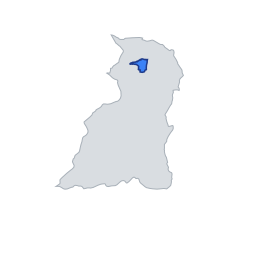 Gadzi, Mambéré-Kadéï, Central African Republic (highlighted), rotated 126°
{"feature_id": "33826404B47432472160828", "entity_name": "Gadzi", "entity_type": "district", "adm_level": 2, "iso_a3": "CAF", "parent_name": "Central African Republic", "parent_adm1": "Mambéré-Kadéï", "projection": "robinson", "projection_center": [16.692, 4.858], "detail": "fine", "context": "in_parent", "style": "filled", "palette": "blue", "viewbox_px": 256, "rotation_deg": 126, "n_neighbors": 0, "source": "geoboundaries", "source_scale": "gbopen_adm2", "svg_char_len": 5122}
<svg xmlns="http://www.w3.org/2000/svg" viewBox="0 0 256 256"><g transform="rotate(126 128 128)"><path d="M171.0,95.8L173.0,96.4L173.4,97.1L172.8,99.4L173.2,100.8L174.4,102.0L175.5,102.5L176.7,102.8L180.5,103.6L182.1,104.4L184.3,107.1L187.0,109.6L187.6,110.9L187.5,112.1L186.7,113.5L186.8,114.1L188.1,115.6L189.5,117.0L192.0,118.7L196.5,121.2L198.6,123.0L199.3,124.3L200.4,125.7L202.0,127.0L203.1,128.0L202.4,130.8L202.6,131.7L203.0,132.5L203.9,133.6L204.3,135.0L205.2,136.8L206.3,137.6L208.2,137.9L209.1,138.8L211.2,140.2L213.1,141.4L213.9,142.3L214.5,143.0L214.9,143.9L215.1,144.8L215.2,146.7L215.5,149.0L216.6,150.7L217.6,151.9L213.6,150.5L213.0,150.4L212.3,150.7L210.2,152.4L209.6,152.6L206.9,152.2L200.6,150.9L195.7,149.6L194.2,149.1L191.6,148.7L189.9,149.6L188.3,152.6L187.8,153.2L185.3,154.1L184.1,153.8L181.2,154.7L176.6,153.4L175.0,153.7L173.7,154.3L170.5,155.7L168.5,156.5L166.2,157.2L164.0,158.3L162.5,158.9L161.1,158.8L159.8,158.2L158.4,157.7L156.7,157.6L154.9,157.9L153.4,159.1L152.8,160.0L151.5,162.3L150.0,166.0L149.4,166.7L148.8,167.1L141.7,165.3L138.6,164.8L136.6,165.4L134.0,164.4L132.9,164.2L132.3,164.5L130.9,164.0L128.5,162.8L126.3,162.2L124.3,162.4L123.0,162.0L122.1,160.8L120.8,158.5L118.5,156.2L115.4,154.4L113.4,153.1L112.6,152.2L111.0,151.7L108.4,151.6L106.0,152.5L102.5,155.3L99.2,161.0L97.4,163.2L95.9,163.8L95.5,165.2L96.3,167.4L96.5,170.0L95.9,174.3L96.1,177.4L95.4,176.9L94.6,175.4L94.3,175.1L92.1,175.8L91.0,176.4L90.4,177.0L89.9,177.1L89.2,176.3L88.7,176.1L87.9,176.3L87.0,176.3L86.4,176.2L86.0,176.2L85.0,175.7L81.3,174.5L80.7,174.1L79.9,174.2L78.0,175.2L77.0,175.5L73.9,176.2L70.6,176.5L69.4,176.5L68.5,177.0L67.9,177.6L66.9,181.6L66.6,182.3L66.7,183.3L66.4,186.5L66.5,187.5L62.6,196.3L61.9,194.9L61.5,193.1L61.4,191.2L61.5,190.7L61.2,190.1L60.9,188.5L61.2,187.4L60.9,186.3L60.2,185.3L59.5,184.4L59.1,183.7L58.7,183.4L58.0,183.3L57.0,182.9L52.6,177.7L48.0,171.9L47.1,170.1L46.7,169.0L47.8,168.9L48.1,168.7L48.1,168.2L47.5,166.7L47.1,164.8L46.6,163.6L44.8,161.8L43.1,160.5L42.5,159.8L42.2,158.8L41.6,152.6L41.3,150.8L40.8,150.0L40.4,149.6L40.2,149.2L40.3,148.1L40.5,147.1L40.5,146.7L41.0,145.8L41.0,140.0L40.4,139.2L39.4,139.2L38.9,138.4L38.4,137.3L38.5,136.6L39.5,135.4L40.2,134.9L42.1,134.0L42.7,133.5L43.0,133.0L43.2,132.2L44.4,129.2L46.0,126.2L46.8,125.6L48.4,121.3L48.8,120.1L49.1,119.0L49.7,118.1L51.5,116.6L52.9,114.1L54.4,114.2L56.0,114.6L57.9,114.8L59.5,114.3L60.5,113.3L65.3,111.6L65.7,110.2L66.4,109.4L67.3,108.8L67.6,108.7L67.7,109.2L68.2,110.6L69.3,112.0L70.9,113.6L71.4,113.5L72.4,112.3L74.9,111.6L75.5,111.3L77.3,109.5L79.4,108.4L80.7,108.0L82.8,106.9L84.4,107.0L86.8,106.8L91.0,106.3L93.9,106.1L95.4,105.9L95.8,105.6L96.4,104.0L96.8,103.5L98.0,102.8L100.1,100.3L101.6,98.1L102.0,97.4L102.3,97.2L102.9,96.3L102.3,95.4L99.9,93.5L99.9,93.2L99.8,92.9L99.9,92.7L100.8,91.9L102.1,91.0L103.4,90.7L106.9,90.8L109.9,90.6L110.6,90.6L113.0,90.2L114.6,89.8L116.2,88.8L119.9,88.9L123.0,86.6L123.9,86.2L124.3,85.9L124.4,85.5L125.8,84.6L127.5,82.7L128.7,81.0L129.1,79.8L132.6,75.7L133.8,75.8L134.4,75.3L135.8,72.5L136.2,72.0L137.6,71.5L138.3,70.7L138.9,69.5L138.9,68.0L138.6,66.8L138.6,66.3L139.0,65.7L139.5,65.2L142.2,63.7L142.8,63.0L143.2,62.4L144.0,62.3L144.8,62.3L145.3,61.9L145.9,61.3L147.7,60.4L149.4,59.7L151.2,60.0L154.5,60.9L155.5,62.8L155.9,63.5L160.0,68.1L160.8,69.2L162.8,72.5L164.0,74.8L165.4,78.0L165.5,79.8L165.4,81.3L165.1,85.6L164.7,86.8L163.0,89.1L162.9,90.2L163.3,91.0L163.8,91.4L164.2,91.8L164.0,93.8L164.6,94.6L165.9,95.1L169.3,95.5L171.0,95.8Z" fill="#d9dde1" stroke="#a8b0b8" stroke-width="1"/><path d="M72.1,162.8L72.4,162.8L72.7,163.1L73.3,163.4L73.4,163.6L73.7,163.8L74.0,164.0L74.3,164.1L74.6,164.1L74.8,164.1L75.0,164.1L75.1,163.9L75.0,163.7L74.9,163.5L74.7,163.6L74.3,163.3L74.2,162.8L73.9,162.1L73.6,161.7L73.3,161.5L73.0,161.4L73.0,161.0L72.8,160.7L72.4,159.7L72.1,159.3L71.8,159.1L71.8,158.7L71.6,158.3L71.7,157.5L71.7,156.8L71.7,156.5L71.7,156.2L71.8,155.7L72.0,155.5L72.4,155.4L72.7,155.2L72.8,155.1L73.1,154.9L73.3,154.8L73.5,154.4L74.1,154.3L74.5,154.1L74.6,153.7L74.5,153.4L74.5,153.2L74.3,152.9L74.2,152.7L73.9,152.3L73.9,152.2L74.2,152.1L74.4,152.1L74.5,152.0L74.6,151.8L74.8,151.7L75.4,151.4L75.6,151.2L75.5,150.9L75.3,150.6L75.1,150.2L74.8,149.6L74.5,149.1L73.3,148.1L72.8,147.8L72.6,147.8L71.8,148.1L71.4,148.2L71.2,148.2L70.8,148.1L70.5,147.7L70.1,147.5L69.9,147.5L69.6,147.7L68.7,148.5L67.4,149.3L66.3,150.0L64.0,150.9L62.4,151.9L61.6,152.3L61.2,152.5L61.4,152.7L61.6,152.8L61.7,153.0L61.8,153.1L62.0,153.1L62.0,153.3L61.9,153.6L62.0,153.7L62.3,154.2L62.5,154.3L62.6,154.2L62.9,154.7L62.9,155.2L63.2,155.6L63.3,156.1L63.7,157.0L63.8,157.3L64.1,157.4L64.4,157.7L64.6,157.9L64.9,158.0L65.1,157.9L65.3,157.8L65.3,157.7L65.5,157.7L65.6,157.8L65.6,158.3L65.7,158.5L65.8,158.5L65.9,158.3L66.0,158.3L66.0,158.2L66.1,158.3L66.3,158.5L66.5,158.7L66.7,158.8L66.8,158.9L67.0,158.9L67.3,158.9L67.9,159.3L68.0,159.2L68.3,159.3L68.3,159.5L68.5,159.9L68.8,159.9L68.9,159.7L69.0,159.6L69.2,159.9L69.3,160.1L69.6,160.4L70.1,160.5L70.3,160.7L70.5,160.9L70.9,161.4L71.2,161.8L72.0,162.6L72.1,162.8Z" fill="#3b82f6" stroke="#1e3a8a" stroke-width="1.5"/></g></svg>